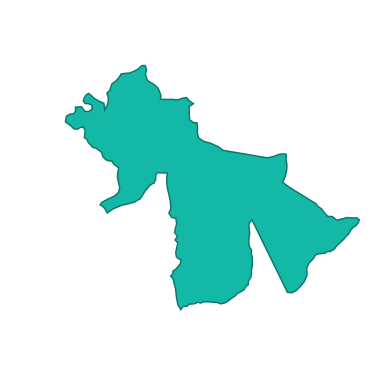 Joviânia, Goiás, Brazil (Natural Earth projection), rotated 223°
{"feature_id": "56859067B98474481427094", "entity_name": "Joviânia", "entity_type": "district", "adm_level": 2, "iso_a3": "BRA", "parent_name": "Brazil", "parent_adm1": "Goiás", "projection": "natural_earth1", "projection_center": [-49.597, -17.786], "detail": "fine", "context": "isolated", "style": "filled", "palette": "teal", "viewbox_px": 384, "rotation_deg": 223, "n_neighbors": 0, "source": "geoboundaries", "source_scale": "gbopen_adm2", "svg_char_len": 2867}
<svg xmlns="http://www.w3.org/2000/svg" viewBox="0 0 384 384"><g transform="rotate(223 192 192)"><path d="M268.2,159.0L262.1,159.7L259.5,155.6L257.2,152.4L252.0,148.6L248.3,146.4L245.4,141.7L246.0,136.1L249.0,128.5L250.9,122.9L250.4,120.0L247.8,120.6L244.2,120.3L239.7,118.9L238.1,126.2L234.3,134.5L230.5,140.1L227.3,145.2L225.2,151.9L226.9,160.7L227.4,168.4L225.9,173.1L227.5,176.8L230.1,179.7L230.4,182.7L222.8,189.1L221.3,186.6L217.0,181.7L211.8,177.5L205.4,173.2L201.4,170.3L196.3,165.7L194.5,160.8L189.6,159.6L185.8,161.7L181.5,158.3L179.1,153.5L177.0,150.5L172.4,149.6L171.7,145.4L167.7,145.1L162.5,136.5L159.3,134.0L156.7,133.9L153.7,135.0L151.6,131.6L151.3,127.7L151.3,123.8L152.0,121.1L150.2,119.1L150.2,115.9L146.6,115.7L144.4,114.0L137.8,109.9L131.8,104.6L125.6,100.0L120.0,98.3L120.4,102.7L117.8,104.8L117.5,108.1L114.1,111.8L112.6,115.3L109.9,116.7L108.7,119.6L106.0,122.1L102.7,124.8L100.1,126.9L97.6,128.8L94.9,129.6L92.3,133.3L91.2,137.3L90.6,141.4L89.7,144.8L89.5,149.0L88.3,152.5L87.3,156.4L88.3,159.9L87.7,162.7L89.8,164.9L90.7,169.3L92.6,172.7L95.3,175.4L97.6,179.3L103.5,185.4L106.5,187.2L108.8,190.1L111.7,190.7L114.4,192.3L117.4,195.2L121.5,200.9L124.4,203.6L127.0,205.7L128.9,208.0L129.0,212.5L80.2,193.8L53.7,183.7L50.2,186.5L48.5,191.7L48.4,198.7L48.7,202.8L51.1,209.6L56.2,214.6L58.0,220.0L57.8,226.7L58.8,229.9L57.2,233.3L53.0,238.0L52.5,240.7L50.3,242.8L49.0,247.5L49.5,251.4L48.8,260.9L49.0,264.2L48.9,268.5L49.9,272.3L50.1,275.9L49.2,279.0L49.4,282.1L50.4,285.7L53.6,285.6L57.2,282.2L61.2,279.0L66.8,270.2L72.6,269.7L76.2,266.8L81.0,267.1L86.3,268.0L90.2,267.2L92.9,268.0L119.2,262.8L124.5,261.8L132.4,260.9L134.4,267.1L137.5,272.3L140.9,276.4L145.8,280.3L148.6,283.8L150.7,282.7L153.9,279.1L156.7,273.4L160.2,268.4L197.9,243.5L203.1,243.2L211.9,240.3L217.6,237.2L223.9,236.0L228.0,238.5L232.1,243.1L235.4,246.0L238.2,243.8L242.9,243.1L246.6,246.6L252.4,252.5L251.2,257.6L255.5,256.9L260.5,257.3L262.6,254.5L265.3,249.5L269.3,246.5L278.3,238.2L280.4,241.3L285.1,243.7L287.5,244.7L292.1,244.8L294.7,244.5L298.3,243.5L301.6,243.5L306.5,246.6L309.0,250.8L312.6,252.5L314.9,250.2L315.3,244.8L317.4,239.3L319.1,236.0L321.8,233.2L324.3,230.0L323.4,225.6L323.4,221.2L324.3,216.4L322.9,213.3L321.5,210.7L321.6,206.3L317.1,203.6L314.6,200.4L313.1,197.3L311.8,192.6L315.0,195.3L317.1,196.8L321.6,195.1L327.9,193.7L331.9,193.9L334.9,193.6L335.6,190.3L334.9,186.9L333.6,184.5L330.7,183.7L328.1,185.9L324.7,187.2L321.6,184.8L322.3,180.4L325.5,177.9L331.1,178.9L335.1,174.5L332.4,172.0L331.9,168.8L334.4,165.5L335.5,161.7L332.4,156.9L329.5,157.3L325.4,157.9L321.5,157.6L318.7,159.6L317.7,163.0L315.5,165.3L312.5,164.4L310.6,162.3L307.8,158.3L304.9,159.0L301.8,157.5L298.2,157.3L295.3,156.9L292.2,158.5L289.0,159.0L285.0,159.3L281.3,157.1L277.8,156.8L275.3,157.3L271.3,160.0L268.2,159.0Z" fill="#14b8a6" stroke="#0f766e" stroke-width="1.5"/></g></svg>